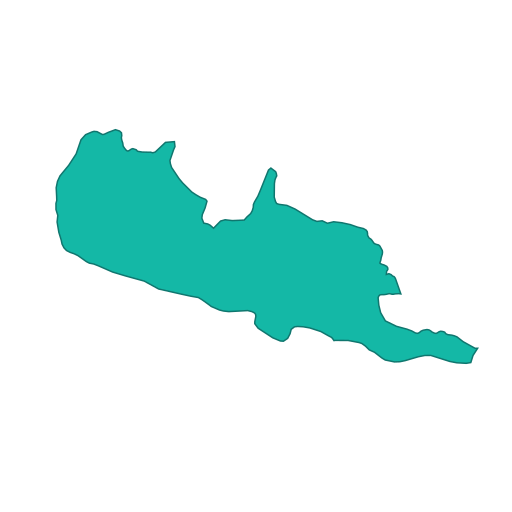 SVG path tracing the border of Huila, rotated 71°
{"feature_id": "COL-1405", "entity_name": "Huila", "entity_type": "Department", "adm_level": 1, "iso_a3": "COL", "parent_name": "Colombia", "parent_adm1": "", "projection": "albers", "projection_center": [-75.51, 2.666], "detail": "fine", "context": "isolated", "style": "filled", "palette": "teal", "viewbox_px": 512, "rotation_deg": 71, "n_neighbors": 0, "source": "natural_earth", "source_scale": "10m", "svg_char_len": 3113}
<svg xmlns="http://www.w3.org/2000/svg" viewBox="0 0 512 512"><g transform="rotate(71 256 256)"><path d="M361.4,209.8L358.6,210.6L357.3,211.3L354.9,213.6L348.5,219.3L341.5,228.6L338.3,234.4L336.2,239.5L335.5,242.6L336.8,246.6L340.6,249.1L344.2,252.9L345.5,257.8L344.3,260.6L338.8,266.8L325.0,277.5L319.6,279.2L317.7,278.5L313.0,275.8L311.1,275.4L309.4,275.9L307.3,277.9L304.9,281.6L299.7,299.9L297.4,304.7L295.2,308.1L289.1,314.8L287.5,315.8L280.0,321.1L276.5,324.0L272.8,330.7L267.7,339.1L255.5,358.8L243.3,369.9L232.4,385.8L224.5,396.8L213.9,408.3L210.7,412.1L208.5,415.9L206.1,418.2L197.7,424.2L194.7,427.2L192.1,430.5L189.1,433.4L185.8,434.9L181.6,435.5L177.6,435.0L169.4,434.7L159.1,433.0L153.1,430.2L147.0,430.0L141.1,428.0L138.6,426.3L134.4,425.0L126.4,422.7L120.8,419.4L116.4,415.2L109.3,403.6L100.9,392.8L89.1,383.6L85.8,377.6L85.3,370.8L85.4,368.6L86.7,365.8L91.1,361.7L91.5,360.1L91.0,355.3L90.8,347.8L93.4,344.3L95.7,343.1L98.4,343.7L100.4,344.8L102.9,345.2L105.7,345.2L108.9,345.8L111.3,345.2L113.5,344.4L114.7,343.6L115.1,342.7L115.0,341.7L114.6,340.3L114.3,338.8L114.4,337.5L116.5,334.7L118.4,333.9L120.7,329.7L123.0,323.5L123.5,321.9L124.8,320.0L124.9,317.4L119.1,304.6L121.3,295.9L126.2,297.0L128.8,299.4L137.7,306.3L140.9,306.9L144.8,307.0L157.7,303.6L163.0,301.6L174.6,295.9L178.4,293.0L182.2,289.7L186.1,285.2L188.2,284.5L194.0,288.5L199.4,293.3L202.6,294.9L207.9,294.7L210.0,291.2L212.0,289.3L215.9,287.1L211.4,278.1L211.7,273.4L214.8,266.9L218.2,255.5L216.1,251.8L214.2,247.3L212.1,244.9L209.2,242.8L206.5,241.7L204.4,239.8L200.1,234.8L195.9,231.0L178.8,216.2L177.7,213.3L182.6,210.0L184.5,209.9L187.0,210.3L188.2,211.6L190.2,213.3L193.5,215.0L206.3,219.6L210.8,219.8L213.1,219.4L214.6,217.5L218.2,210.3L224.3,203.8L240.1,190.8L243.1,187.2L244.3,181.9L248.3,177.8L248.9,171.5L252.5,164.0L257.0,156.6L261.9,150.4L265.0,145.5L267.4,143.4L269.2,142.9L271.0,143.2L272.5,143.7L273.9,143.6L275.8,143.2L277.4,141.9L278.8,141.3L282.1,140.4L283.3,139.5L284.2,138.4L285.3,136.7L286.3,135.9L287.2,135.6L291.9,134.8L293.5,135.1L295.2,135.9L298.4,138.2L300.6,139.4L303.0,141.2L303.7,140.8L304.9,139.6L306.1,137.9L308.4,135.7L310.2,135.3L311.6,135.7L312.4,136.6L312.8,137.4L315.9,138.8L316.0,136.1L317.6,134.3L319.4,133.4L320.4,132.2L321.6,131.7L323.0,131.5L339.0,131.4L338.1,133.2L337.1,136.8L336.9,138.5L336.4,139.9L335.2,141.7L334.9,142.7L334.6,145.6L334.2,147.6L333.5,149.6L333.1,151.4L333.8,152.9L335.1,154.1L342.5,155.9L350.2,156.6L359.5,154.8L368.2,146.1L374.3,137.1L377.6,133.1L380.8,130.2L381.8,128.2L381.6,126.5L380.8,124.5L380.6,122.1L381.2,118.3L382.2,116.5L383.7,115.2L385.2,114.3L387.2,112.2L387.8,110.9L387.7,109.3L387.3,108.0L387.2,106.1L387.8,104.7L388.8,103.1L389.6,102.3L390.6,102.1L391.7,101.5L392.9,100.1L394.6,96.6L396.0,94.5L397.9,92.3L404.5,88.0L414.6,78.9L415.4,76.5L420.7,83.2L426.7,87.6L425.9,92.2L422.3,101.0L418.8,107.1L406.9,123.1L405.0,128.8L404.1,135.4L403.5,148.9L402.8,154.4L401.2,159.6L396.4,167.7L393.4,170.2L385.6,175.3L381.6,179.5L376.9,181.8L373.2,184.4L371.4,186.7L365.9,196.3L361.5,208.8L361.4,209.8Z" fill="#14b8a6" stroke="#0f766e" stroke-width="1.5"/></g></svg>